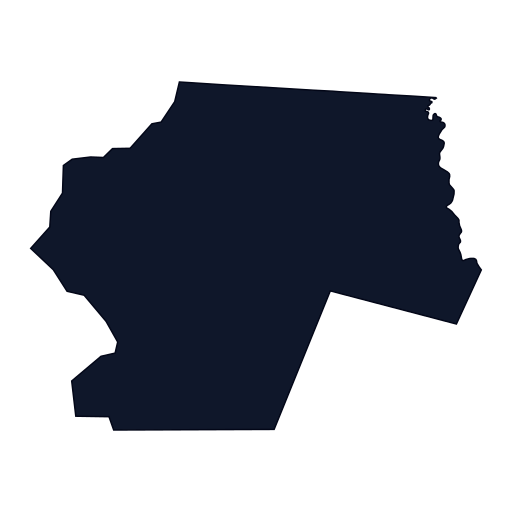 outline of Chuy, Rocha, Uruguay
{"feature_id": "84410073B59552855660776", "entity_name": "Chuy", "entity_type": "district", "adm_level": 2, "iso_a3": "URY", "parent_name": "Uruguay", "parent_adm1": "Rocha", "projection": "mercator", "projection_center": [-53.451, -33.738], "detail": "fine", "context": "isolated", "style": "filled", "palette": "ink", "viewbox_px": 512, "rotation_deg": 0, "n_neighbors": 0, "source": "geoboundaries", "source_scale": "gbopen_adm2", "svg_char_len": 3078}
<svg xmlns="http://www.w3.org/2000/svg" viewBox="0 0 512 512"><path d="M179.4,82.0L174.7,101.7L161.1,122.1L151.9,123.8L130.1,148.3L112.5,148.6L103.4,157.5L90.6,157.0L72.2,159.2L63.4,165.5L62.5,193.1L50.8,211.3L49.8,227.0L30.7,248.4L53.3,269.7L67.1,291.3L84.1,295.2L106.1,321.4L117.7,342.0L115.1,353.1L101.0,356.3L71.7,381.0L75.8,416.2L109.0,416.7L113.7,430.0L274.1,429.4L330.3,290.9L456.4,324.0L481.3,269.9L479.1,266.9L477.0,263.4L476.8,262.7L476.5,260.8L476.2,260.1L475.7,259.3L474.4,258.6L473.6,258.4L471.2,258.4L469.8,258.5L468.2,258.9L465.6,259.6L464.1,260.4L463.6,260.5L463.1,260.6L462.7,260.5L462.3,260.2L462.0,259.8L461.7,259.3L461.5,258.2L461.0,255.5L460.8,254.5L460.4,253.3L460.0,252.2L458.8,249.8L458.3,248.7L458.2,248.1L458.1,247.3L458.2,246.4L458.3,245.8L458.5,244.7L458.9,243.8L459.2,243.4L459.5,243.0L460.1,242.5L460.4,242.0L460.5,241.3L460.4,240.3L459.1,237.4L458.9,236.3L459.1,235.3L460.2,233.5L461.2,232.3L461.5,231.6L461.5,230.6L461.3,229.7L459.6,225.8L458.9,222.1L459.0,221.0L458.9,220.0L458.0,218.5L455.8,216.2L454.6,215.0L451.8,211.5L449.2,209.4L446.8,208.0L446.5,207.6L446.3,207.1L446.4,206.7L446.6,206.1L447.2,205.4L448.8,204.5L450.7,203.1L451.9,201.4L452.5,200.2L454.0,194.0L454.1,190.8L453.9,190.0L453.1,188.9L449.5,184.8L449.2,183.8L449.0,182.8L449.0,179.6L449.7,176.5L449.6,174.6L449.1,173.5L447.5,172.0L443.6,169.6L441.6,168.5L440.4,167.7L439.3,166.6L438.7,165.6L438.4,164.4L438.4,163.2L438.6,161.9L439.7,159.6L439.9,158.5L439.9,157.2L439.5,153.9L439.6,153.0L440.0,152.0L442.8,148.3L443.5,146.7L443.9,144.9L444.2,143.1L444.0,142.2L443.6,141.5L442.5,140.6L441.7,140.2L440.8,139.8L440.1,139.6L438.9,138.7L438.5,138.1L438.2,137.5L438.4,136.1L439.2,134.1L442.0,129.6L443.6,128.1L444.6,127.1L444.9,126.4L445.0,125.4L444.9,124.4L444.5,123.6L443.8,122.9L442.9,122.4L440.6,121.9L440.2,121.6L440.0,121.3L440.0,120.8L440.3,120.4L441.0,120.0L441.1,119.4L441.1,118.8L440.6,118.1L440.0,117.7L439.1,117.2L437.4,116.7L436.8,116.2L436.0,114.2L435.7,113.8L435.3,113.6L434.8,113.6L434.4,113.8L434.0,114.2L433.6,114.6L433.2,115.2L433.1,116.1L433.0,117.6L432.9,119.6L432.7,119.9L432.2,120.3L431.5,120.4L430.9,120.4L430.3,120.3L429.5,120.1L428.6,119.7L428.1,119.1L427.6,118.3L427.5,117.0L427.7,115.7L428.1,114.4L428.5,113.7L428.5,113.0L428.4,112.5L427.9,111.9L427.1,111.6L426.5,111.4L426.0,111.5L425.6,111.4L425.3,111.0L425.2,110.5L425.4,109.8L425.6,109.4L426.2,108.9L426.6,108.8L427.0,108.9L427.5,109.2L428.0,109.6L428.5,109.8L429.0,109.8L429.3,109.5L429.4,109.0L429.3,108.4L429.0,107.8L428.4,107.4L428.0,106.9L427.9,106.3L428.2,105.6L428.9,105.2L429.4,105.1L430.0,104.4L430.5,103.5L431.3,102.9L431.8,102.7L431.9,102.2L431.9,101.8L431.5,101.5L430.6,101.3L430.0,101.0L429.6,100.5L429.4,100.0L429.5,99.6L429.7,98.9L430.3,98.3L430.9,98.0L431.3,98.0L431.8,98.0L432.4,98.0L432.9,98.3L433.6,98.8L434.2,99.1L434.8,99.1L435.4,98.8L436.3,98.1L435.8,97.6L412.9,96.1L398.4,95.3L393.1,95.0L389.4,94.8L385.7,94.5L382.0,94.3L378.2,94.1L367.9,93.4L340.7,91.8L333.0,91.2L313.3,90.2L280.5,88.2L223.0,84.8L190.9,82.7L179.4,82.0Z" fill="#0f172a" stroke="#020617" stroke-width="1.5"/></svg>